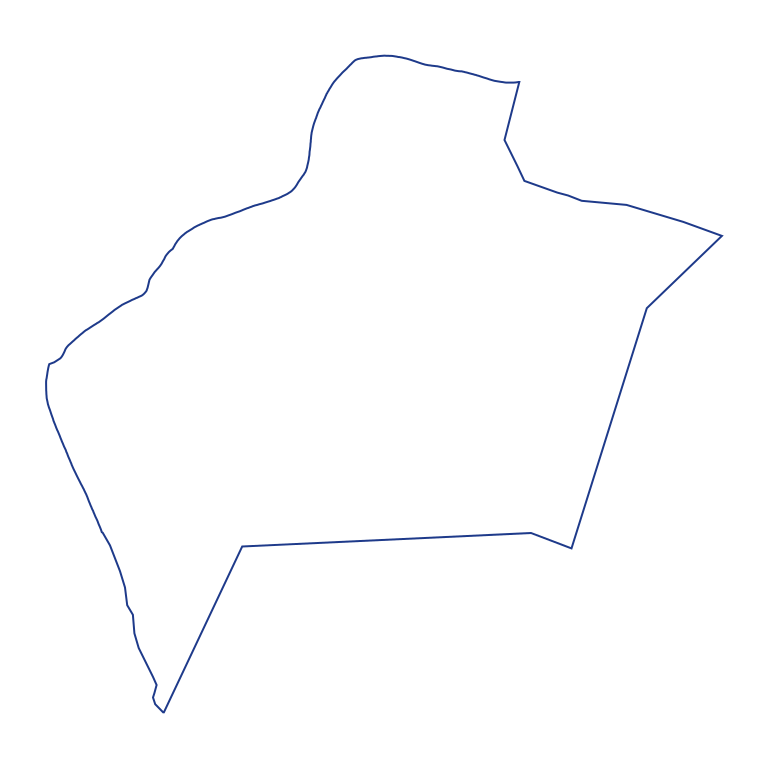 Grande Riviere/Morne Caca Cochon, Dennery, Saint Lucia
{"feature_id": "8701671B52865399345725", "entity_name": "Grande Riviere/Morne Caca Cochon", "entity_type": "district", "adm_level": 2, "iso_a3": "LCA", "parent_name": "Saint Lucia", "parent_adm1": "Dennery", "projection": "albers", "projection_center": [-60.939, 13.929], "detail": "fine", "context": "isolated", "style": "outline", "palette": "blue", "viewbox_px": 768, "rotation_deg": 0, "n_neighbors": 0, "source": "geoboundaries", "source_scale": "gbopen_adm2", "svg_char_len": 5872}
<svg xmlns="http://www.w3.org/2000/svg" viewBox="0 0 768 768"><path d="M721.9,235.9L683.3,221.9L626.5,204.9L581.7,200.8L568.1,195.5L557.3,192.6L524.4,180.9L517.5,166.3L504.5,140.0L519.3,82.0L518.4,82.0L517.5,82.2L515.2,82.5L513.3,82.6L506.3,82.6L505.1,82.5L502.8,82.1L501.1,81.9L498.6,81.5L496.8,81.2L494.4,80.8L491.2,79.9L490.3,79.6L489.5,79.4L487.6,78.7L486.7,78.4L483.6,77.5L478.6,75.8L477.0,75.4L476.0,75.0L474.5,74.7L473.4,74.3L472.5,74.1L470.6,73.6L469.4,73.3L468.1,72.9L466.2,72.4L465.1,72.2L464.2,71.9L462.7,71.6L461.6,71.3L460.3,71.3L458.8,71.2L454.9,70.6L453.5,70.2L452.0,69.8L450.9,69.5L448.3,69.0L447.2,68.8L442.7,67.5L439.3,66.7L438.4,66.5L436.9,66.2L436.1,66.2L434.8,66.0L431.8,65.7L430.8,65.5L428.1,65.2L427.2,65.0L426.1,64.8L425.0,64.6L424.1,64.3L422.3,63.8L421.4,63.5L420.5,63.2L419.0,62.7L417.9,62.3L415.9,61.6L414.8,61.2L413.8,60.9L411.2,60.0L409.3,59.4L406.9,58.7L405.7,58.4L404.6,58.2L401.8,57.5L400.6,57.3L399.7,57.1L398.2,57.0L397.0,56.7L392.7,56.0L391.5,55.9L389.7,55.9L388.5,55.8L386.6,55.8L385.1,55.7L383.8,55.7L382.6,55.8L381.2,55.9L378.0,56.2L377.0,56.4L375.6,56.5L374.7,56.6L373.7,56.7L372.1,57.0L371.2,57.2L370.2,57.3L368.6,57.5L367.3,57.6L366.1,57.8L365.2,57.8L363.8,58.0L362.6,58.2L361.4,58.3L357.8,59.1L355.8,59.9L354.8,60.5L353.7,61.5L352.2,62.9L351.6,63.6L350.8,64.4L349.9,65.2L349.2,66.0L348.6,66.6L347.6,67.6L346.7,68.6L345.0,70.2L344.1,71.0L342.4,72.6L339.7,75.6L339.0,76.3L337.3,78.1L336.0,79.6L335.2,80.6L334.5,81.3L333.6,82.5L332.9,83.5L332.1,84.7L330.5,87.4L329.5,88.9L328.6,90.6L327.8,91.8L327.0,93.4L326.4,94.2L326.1,95.2L325.6,96.1L324.7,98.3L324.2,99.2L323.7,100.2L323.3,101.1L322.9,101.9L321.8,104.4L321.1,105.7L320.7,106.7L320.2,107.8L319.5,109.0L319.1,109.9L318.6,111.1L318.2,112.0L317.8,112.9L316.9,115.6L316.5,116.6L316.1,118.0L315.5,119.3L315.2,120.2L314.1,123.2L313.5,125.2L313.2,126.3L312.1,130.7L311.6,132.9L311.5,134.0L311.3,135.1L311.2,136.1L311.1,137.0L311.0,138.8L310.8,140.1L310.8,141.2L310.7,142.3L310.5,143.5L310.4,145.3L310.3,146.6L309.8,150.5L309.6,151.6L309.4,155.0L309.2,156.3L309.0,157.2L308.9,158.1L308.7,159.8L308.1,162.6L307.8,163.8L307.6,164.7L307.3,165.9L307.1,167.1L306.8,168.2L306.4,169.3L306.0,170.5L305.2,172.3L304.4,173.4L303.7,174.7L302.9,175.6L302.2,176.6L301.4,177.7L300.6,178.9L299.8,180.0L298.4,182.0L297.3,183.9L296.6,185.1L295.1,187.3L293.9,188.7L292.9,189.7L292.3,190.4L291.5,191.1L290.5,191.9L288.7,193.0L287.7,193.7L286.6,194.3L284.3,195.4L282.5,196.2L281.8,196.6L280.9,197.1L280.0,197.4L279.2,197.9L278.1,198.3L276.8,198.7L275.8,199.1L274.4,199.6L273.5,199.9L272.5,200.2L271.3,200.6L270.3,201.0L268.9,201.4L264.4,202.8L263.6,203.1L262.3,203.5L259.1,204.3L257.3,204.9L255.6,205.3L254.8,205.5L254.0,205.8L252.7,206.2L251.6,206.7L250.1,207.2L249.3,207.5L248.4,207.9L247.3,208.2L246.5,208.5L244.5,209.3L243.2,209.8L241.9,210.4L239.7,211.3L237.6,212.0L235.3,212.8L234.1,213.3L232.1,214.1L229.9,214.9L228.7,215.3L226.0,216.3L225.2,216.6L224.1,216.9L222.9,217.2L222.1,217.4L220.9,217.7L218.6,218.0L215.3,218.7L214.4,219.0L213.0,219.2L211.9,219.5L211.0,219.8L210.0,220.2L208.4,220.8L206.7,221.5L203.8,222.9L202.5,223.4L200.8,224.2L200.0,224.5L199.1,225.0L198.3,225.3L196.5,226.2L195.8,226.6L194.4,227.3L193.5,227.9L192.4,228.7L191.4,229.3L189.6,230.4L188.5,231.1L186.9,232.0L185.9,232.8L185.0,233.4L184.4,234.0L182.3,235.7L181.6,236.3L179.6,238.3L178.9,239.2L177.3,241.1L176.7,242.1L175.8,243.4L175.2,244.3L174.2,246.3L173.4,247.6L172.9,248.7L171.8,249.6L170.7,250.4L169.8,251.2L168.8,252.1L167.9,253.2L166.7,254.6L165.5,256.3L165.1,257.1L164.1,259.3L163.4,260.4L162.7,261.6L161.6,263.7L160.9,264.7L160.3,265.6L159.6,266.5L158.7,267.6L157.8,268.6L157.2,269.2L155.9,270.7L154.7,272.0L153.8,273.3L152.5,275.2L151.9,276.0L150.7,277.7L149.5,279.7L148.8,282.6L148.6,283.5L148.3,284.8L148.0,286.0L147.7,287.3L147.3,288.6L146.9,289.5L146.7,290.4L146.1,291.4L144.3,293.5L143.1,294.6L141.9,295.5L140.7,296.1L139.5,296.6L138.4,297.1L137.3,297.7L136.3,298.0L134.3,299.0L132.3,299.8L131.3,300.3L130.0,301.0L124.3,303.7L123.4,304.2L122.1,304.8L120.9,305.7L119.2,306.8L117.3,308.1L115.5,309.3L114.6,309.9L114.0,310.4L112.8,311.4L109.7,313.8L109.0,314.3L107.4,315.6L104.1,318.3L103.2,319.0L102.5,319.5L99.6,321.6L98.5,322.4L97.4,322.9L96.3,323.7L93.8,325.2L90.9,327.1L90.1,327.6L88.8,328.5L86.9,329.7L86.1,330.1L85.1,330.8L83.5,332.1L82.4,333.1L81.7,333.6L80.6,334.5L79.9,335.1L79.0,335.9L78.4,336.5L76.8,337.8L75.3,339.1L74.1,340.3L72.9,341.3L70.6,343.4L69.6,344.3L68.6,345.1L67.9,345.9L67.1,346.8L66.3,347.9L65.8,348.6L65.2,349.8L64.7,351.1L64.2,352.2L63.2,354.2L62.6,355.3L61.9,356.4L61.1,357.5L60.1,358.5L54.2,362.3L49.3,364.1L48.9,365.3L48.3,367.8L47.5,372.2L47.2,374.4L47.0,375.6L46.6,378.3L46.3,379.5L46.2,380.5L46.1,381.7L46.1,383.6L46.2,390.6L46.3,391.8L46.4,394.4L46.5,395.3L46.6,396.7L46.7,398.2L47.0,399.6L47.5,401.9L47.7,402.9L47.9,404.1L48.3,405.3L48.9,407.3L49.9,409.9L51.4,414.5L53.1,419.2L53.3,420.1L53.7,421.3L54.1,422.2L54.5,423.3L55.0,424.4L56.3,427.9L56.9,429.3L57.3,430.3L57.8,431.2L58.3,432.4L59.8,436.0L60.5,437.9L61.5,440.3L61.8,441.2L62.8,443.4L64.0,446.4L65.3,449.1L65.7,449.9L66.4,452.0L67.1,453.4L67.5,454.6L68.3,456.7L68.7,457.6L70.0,460.5L70.4,461.6L71.3,463.6L71.7,464.9L72.1,465.7L72.6,466.9L73.6,469.1L75.8,473.6L76.6,475.3L77.0,476.1L77.4,476.9L78.5,479.1L80.3,482.6L80.7,483.5L82.3,486.4L83.0,487.9L83.5,488.7L84.6,491.1L85.2,492.3L85.6,493.2L86.2,494.3L86.7,495.6L87.2,496.7L88.3,499.7L89.1,501.8L89.6,502.9L90.7,505.7L91.2,506.7L92.1,509.0L93.2,511.1L93.6,512.4L94.0,513.2L95.4,516.6L97.1,520.1L97.8,521.8L98.1,522.7L98.8,524.5L99.3,525.6L99.7,526.5L101.0,529.7L101.8,532.2L102.7,532.7L110.0,545.4L120.0,571.2L125.0,587.5L127.2,605.2L132.9,614.8L134.4,633.3L138.7,648.0L153.0,676.9L156.6,685.0L154.4,693.1L153.0,697.5L155.2,704.2L163.1,712.3L163.9,712.3L242.2,546.5L531.0,533.0L571.5,548.4L646.8,308.2L721.9,235.9Z" fill="none" stroke="#1e3a8a" stroke-width="2"/></svg>